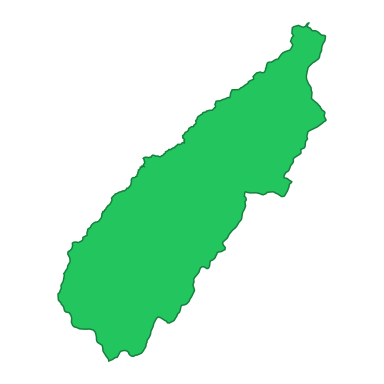 outline of Algeciras, Huila, Colombia
{"feature_id": "7082276B40300003971845", "entity_name": "Algeciras", "entity_type": "district", "adm_level": 2, "iso_a3": "COL", "parent_name": "Colombia", "parent_adm1": "Huila", "projection": "albers", "projection_center": [-75.312, 2.512], "detail": "fine", "context": "isolated", "style": "filled", "palette": "green", "viewbox_px": 384, "rotation_deg": 0, "n_neighbors": 0, "source": "geoboundaries", "source_scale": "gbopen_adm2", "svg_char_len": 5962}
<svg xmlns="http://www.w3.org/2000/svg" viewBox="0 0 384 384"><path d="M137.3,355.0L141.5,353.1L142.5,352.0L145.5,347.2L145.9,346.2L146.2,343.6L146.9,342.6L146.9,341.5L147.3,340.1L149.4,337.0L150.5,334.4L150.9,331.4L153.1,326.5L153.8,323.4L156.1,319.1L157.3,317.5L158.4,317.0L160.8,317.8L165.1,320.6L166.3,321.0L167.4,322.8L168.7,323.0L169.4,323.0L174.0,320.6L176.9,315.9L177.5,314.0L179.4,312.4L180.3,309.8L180.9,306.7L181.3,305.9L181.7,305.3L184.5,304.8L186.0,304.3L187.5,303.1L189.0,301.4L190.3,298.5L191.4,297.0L194.4,290.8L194.4,289.7L193.0,285.2L193.2,283.8L194.0,282.1L193.7,279.4L194.4,277.8L197.7,273.9L199.0,272.1L200.2,268.3L201.6,267.0L203.1,266.6L204.6,267.1L206.7,268.5L207.9,268.5L208.7,267.8L209.5,266.2L210.1,261.6L210.8,260.7L212.5,260.1L214.4,258.6L215.2,257.5L216.1,255.3L216.6,254.7L217.3,252.5L218.7,252.0L221.2,251.6L225.0,249.6L225.2,247.6L224.3,246.2L223.5,245.5L222.6,243.2L222.6,242.4L227.3,238.1L229.1,234.4L232.3,230.4L235.3,227.9L236.7,226.2L239.0,222.3L240.9,220.2L241.7,218.4L242.3,213.8L242.8,212.1L244.5,209.0L245.6,205.8L244.9,201.9L246.3,199.9L245.7,197.4L244.4,196.4L244.8,192.4L245.8,191.8L247.3,192.5L248.1,192.5L249.8,192.9L256.3,192.8L259.4,193.5L262.3,194.7L263.4,194.7L265.7,193.8L267.3,192.3L273.0,191.8L274.7,192.4L275.3,193.0L277.6,193.9L281.7,196.6L283.5,196.4L284.5,196.0L287.5,190.8L289.0,186.8L289.2,185.1L289.5,184.3L290.0,183.6L291.5,182.5L291.7,181.6L289.2,180.2L287.5,178.7L286.3,178.2L285.0,178.1L284.4,177.8L283.9,177.0L284.2,175.4L285.7,172.7L288.6,170.8L289.9,167.9L290.3,166.2L293.1,162.5L293.4,161.4L293.3,159.2L293.6,158.6L294.2,157.8L300.4,153.8L301.0,152.9L300.8,149.4L304.0,148.1L304.6,147.5L305.0,146.5L305.6,141.3L306.9,139.9L307.5,138.9L306.9,136.7L306.9,135.7L307.6,133.5L307.6,132.4L308.0,131.8L309.4,130.7L317.3,126.9L322.7,122.9L323.6,121.9L325.0,121.2L325.9,120.5L326.0,119.8L324.5,117.1L324.2,115.1L324.8,113.3L324.8,112.2L323.8,111.1L322.3,110.3L320.6,107.8L320.2,106.8L317.0,103.2L314.8,101.5L311.5,98.6L312.0,92.4L311.3,90.7L311.0,87.5L309.4,84.9L308.7,84.2L306.8,79.8L306.3,77.0L306.7,73.8L308.1,67.5L309.7,65.7L313.1,62.5L314.3,62.0L318.5,58.9L319.4,57.4L320.0,53.9L321.5,50.8L321.7,47.9L322.2,45.7L323.1,43.5L324.6,41.2L325.0,40.1L325.5,36.1L324.6,35.5L321.7,35.1L321.1,34.8L318.3,32.2L316.8,31.3L315.3,30.7L312.9,30.7L312.0,30.5L310.1,28.0L309.2,27.8L308.4,27.2L307.6,27.1L307.4,26.5L307.4,25.6L307.8,24.3L308.7,23.6L308.8,23.0L307.4,23.5L305.4,26.4L304.0,27.0L302.9,27.3L298.5,25.4L294.0,26.6L292.3,27.8L291.9,33.3L293.5,35.7L291.5,38.2L291.3,39.5L290.5,41.3L292.6,44.5L292.6,45.6L290.3,49.9L285.1,51.7L282.9,52.8L281.2,54.5L279.0,57.6L278.5,58.7L277.7,59.2L275.7,59.5L271.4,62.2L270.0,62.1L268.2,62.4L267.3,63.2L266.5,65.3L266.4,67.4L265.6,68.3L265.6,69.7L264.7,71.9L263.9,72.4L262.3,72.8L260.2,72.0L256.5,73.0L253.1,76.5L253.7,78.7L253.2,79.4L249.7,80.9L248.3,81.9L248.4,82.7L247.2,83.8L245.6,84.7L242.5,87.1L240.7,87.9L239.4,89.2L238.6,89.6L232.1,89.8L231.5,91.4L230.7,92.6L230.0,97.4L227.6,97.6L225.2,98.9L223.1,99.4L220.5,100.6L218.8,101.0L217.3,100.9L216.0,101.4L215.4,103.6L214.9,104.2L215.6,106.3L215.2,107.6L214.5,107.8L212.7,109.8L211.9,110.3L210.9,110.2L209.2,110.4L206.5,111.1L205.9,112.0L203.5,112.4L202.9,112.7L202.5,114.0L201.3,114.4L199.3,115.9L198.3,116.3L197.2,117.9L197.1,119.1L195.7,120.7L196.2,122.4L196.1,123.0L195.8,123.5L193.8,125.4L193.7,126.4L193.4,126.6L191.6,126.7L189.3,128.1L188.7,128.8L188.3,130.5L186.5,131.9L185.2,132.4L184.2,134.4L182.6,135.7L182.6,136.3L182.9,136.8L182.7,137.2L183.1,137.5L183.0,138.2L184.5,139.5L184.0,140.8L184.5,142.0L184.3,142.9L183.2,142.5L181.9,143.1L181.3,144.0L180.1,144.4L178.0,144.3L177.2,144.9L176.8,145.6L175.3,146.4L174.7,147.6L172.6,148.1L171.2,149.1L170.9,149.7L169.9,149.7L169.0,149.4L167.9,150.7L165.6,151.8L165.7,152.2L165.0,153.3L163.6,154.3L163.0,155.3L161.5,155.8L160.8,156.5L160.1,156.8L159.3,156.7L157.9,156.0L155.6,156.1L154.8,155.6L152.8,155.1L151.8,155.8L151.0,157.2L150.2,157.1L148.4,157.7L147.3,157.3L145.4,157.2L144.4,157.5L143.2,158.3L144.2,159.8L144.2,160.9L144.5,161.2L144.6,161.7L144.7,163.2L143.8,164.1L143.2,165.4L144.0,166.4L142.1,166.0L141.7,166.1L141.6,166.5L141.8,167.1L140.3,167.2L140.4,167.8L139.7,169.3L138.4,170.1L138.6,171.0L138.0,171.9L137.7,173.8L137.0,174.9L137.0,176.2L135.8,176.5L135.5,177.1L134.5,177.6L133.3,177.6L132.5,177.9L131.7,178.7L131.3,179.5L131.3,180.8L131.6,181.2L131.1,182.7L131.0,183.9L130.7,185.0L129.7,186.2L129.5,186.9L128.8,187.3L128.0,188.3L127.2,188.4L127.0,188.2L126.0,189.7L124.3,190.9L122.9,190.9L120.8,191.8L119.3,192.1L116.9,193.5L115.2,194.0L115.0,194.6L113.4,196.0L111.7,197.9L111.6,198.7L112.0,200.0L111.3,201.8L110.4,203.4L109.7,204.5L107.6,206.0L107.3,206.7L106.5,207.5L105.7,209.3L104.7,210.0L104.4,211.1L102.9,211.5L102.7,212.0L102.9,212.7L102.0,213.4L101.7,216.5L101.1,218.1L99.0,220.8L98.2,221.5L96.8,222.0L95.5,222.1L94.2,222.7L92.4,224.1L91.2,225.5L90.5,227.4L88.1,228.9L87.6,229.7L87.6,230.8L87.0,232.4L86.9,233.4L87.3,234.9L86.2,235.7L82.9,237.4L82.9,239.3L82.2,240.6L78.6,242.5L75.3,242.0L73.2,242.4L72.3,243.3L72.6,245.2L72.3,247.2L71.7,248.7L70.2,250.5L68.5,251.4L68.0,252.0L67.8,253.6L68.1,254.8L69.4,257.0L69.9,258.5L70.1,261.7L67.8,265.7L67.4,268.0L67.0,268.9L65.6,270.8L64.8,272.4L63.8,273.5L64.2,274.9L64.2,276.1L63.2,281.3L61.1,285.1L61.0,286.4L61.4,288.1L60.3,290.1L59.5,292.7L58.2,293.5L58.0,294.7L58.4,300.1L61.0,303.0L61.4,304.3L62.9,305.8L63.6,307.1L64.6,310.9L65.7,311.9L69.3,312.8L71.0,315.5L71.7,318.2L71.4,322.2L72.5,325.1L73.5,326.3L74.3,326.9L76.2,327.3L79.8,328.9L85.9,329.2L89.4,329.0L93.0,329.9L94.2,330.9L95.2,332.1L95.9,334.3L96.5,337.6L96.4,339.1L96.8,341.0L97.2,341.9L97.9,342.6L101.8,345.1L102.5,346.4L103.1,351.2L106.2,356.2L108.4,359.0L108.8,361.0L112.5,359.5L114.8,357.8L117.3,357.2L120.0,352.1L121.2,351.1L122.9,350.7L124.6,350.5L126.6,350.8L128.6,352.4L128.8,352.9L128.7,353.5L129.7,354.9L131.0,355.8L132.4,356.3L133.8,356.2L135.2,355.3L137.3,355.0Z" fill="#22c55e" stroke="#15803d" stroke-width="1.5"/></svg>